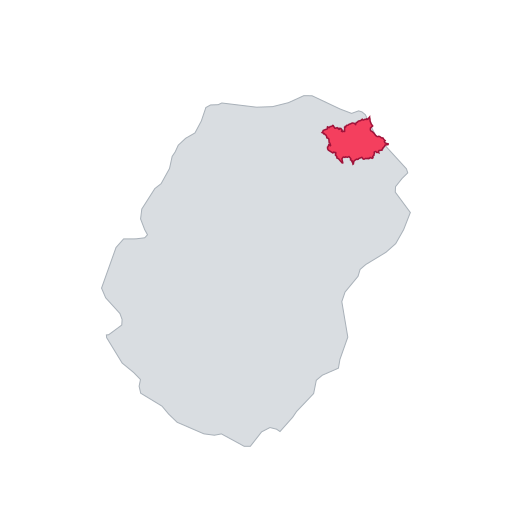 Berovo, Berovo, North Macedonia (highlighted), rotated 314°
{"feature_id": "65306769B82535052466784", "entity_name": "Berovo", "entity_type": "district", "adm_level": 2, "iso_a3": "MKD", "parent_name": "North Macedonia", "parent_adm1": "Berovo", "projection": "orthographic", "projection_center": [22.828, 41.67], "detail": "fine", "context": "in_parent", "style": "filled", "palette": "rose", "viewbox_px": 512, "rotation_deg": 314, "n_neighbors": 0, "source": "geoboundaries", "source_scale": "gbopen_adm2", "svg_char_len": 3388}
<svg xmlns="http://www.w3.org/2000/svg" viewBox="0 0 512 512"><g transform="rotate(314 256 256)"><path d="M234.5,136.4L242.1,137.5L258.9,133.0L269.4,126.5L274.6,125.6L281.7,123.1L291.8,123.6L302.1,126.6L315.1,122.9L328.0,116.8L333.1,118.4L338.6,123.7L342.3,125.1L363.4,153.0L375.0,164.2L388.8,172.8L404.5,179.0L410.2,185.0L420.2,214.5L425.0,225.7L431.7,229.0L433.3,232.2L433.6,236.5L426.1,257.3L423.2,303.7L421.2,307.4L413.3,307.2L402.8,308.2L398.7,311.8L394.5,336.8L377.5,343.9L362.0,347.9L349.0,346.9L326.2,340.9L318.7,340.2L312.3,343.5L291.9,345.1L282.8,349.4L261.4,378.4L239.9,388.2L232.6,393.2L216.3,386.5L208.5,385.7L197.1,393.0L172.3,393.2L165.5,394.4L146.4,395.2L145.7,391.1L142.3,385.2L133.4,382.2L115.2,384.1L110.9,379.7L104.0,354.7L98.2,350.6L91.9,342.1L81.6,314.8L81.6,303.0L82.7,292.7L77.2,268.4L81.1,262.4L86.9,258.7L87.2,249.0L86.0,234.1L93.5,205.3L95.3,203.2L97.0,204.7L113.1,207.4L117.3,203.8L120.1,198.1L121.5,176.9L125.6,167.2L164.9,149.4L176.3,148.9L184.9,157.7L191.8,163.3L195.9,163.2L197.6,157.7L202.5,147.2L210.5,141.2L234.2,136.4L234.5,136.4Z" fill="#d9dde1" stroke="#a8b0b8" stroke-width="1"/><path d="M403.3,220.5L401.9,220.4L400.6,219.4L399.3,219.5L398.6,217.7L398.1,217.9L398.1,218.5L397.1,219.0L393.0,217.1L392.0,217.7L390.7,217.8L391.1,218.6L390.9,219.9L391.5,220.1L391.3,221.5L391.6,222.1L391.0,223.9L390.2,224.8L390.8,226.3L390.7,227.2L388.5,229.7L388.5,230.8L387.4,232.8L386.9,232.8L386.7,231.0L384.7,231.9L384.0,231.8L382.8,233.1L382.4,234.5L383.5,239.7L384.6,239.7L384.7,240.5L385.2,240.5L385.8,241.5L384.6,242.7L383.8,242.9L383.7,245.0L382.7,246.1L383.3,247.8L383.0,250.7L382.8,253.4L383.3,253.7L385.6,250.3L387.5,250.0L388.1,250.3L388.7,251.5L389.6,251.6L390.5,253.2L392.1,253.8L391.9,256.5L390.8,257.2L391.3,259.0L391.1,259.4L390.5,259.4L390.3,260.7L389.4,262.0L389.9,262.1L392.0,260.6L393.3,260.6L395.4,261.0L395.7,261.7L396.6,262.3L397.2,262.1L400.5,263.6L400.2,265.9L401.1,266.7L402.6,267.2L403.1,268.3L404.0,268.6L404.1,269.3L404.8,269.4L405.1,269.9L406.2,269.7L406.9,271.7L408.0,271.9L408.6,270.8L410.4,270.9L410.7,270.4L411.8,270.1L412.8,268.9L414.0,269.2L414.4,269.8L414.3,270.9L415.3,271.8L415.6,272.6L416.1,271.7L417.3,271.2L419.7,273.1L420.2,272.6L421.3,272.7L421.6,272.3L424.1,272.3L425.4,271.8L427.9,273.6L428.5,273.2L427.4,271.2L427.1,270.3L427.1,269.8L427.4,268.9L427.9,268.8L428.7,268.8L428.7,268.2L428.6,267.0L429.1,265.6L429.0,265.1L428.7,265.0L428.3,264.4L428.1,263.9L428.0,262.9L427.9,262.1L427.4,261.1L426.7,260.9L426.1,260.2L426.0,259.9L425.9,259.3L425.8,258.5L426.0,257.2L426.2,256.1L426.3,255.1L426.3,254.7L426.2,254.3L426.3,253.2L425.8,252.0L426.0,250.9L426.7,250.1L427.7,249.4L429.0,249.5L430.3,249.6L430.6,249.6L430.8,249.0L430.8,248.6L430.9,247.5L431.4,246.4L431.7,245.7L432.1,244.8L432.5,244.1L433.3,243.3L434.2,242.1L434.6,241.4L434.8,241.2L431.9,241.4L431.5,240.3L430.7,240.4L430.2,239.5L428.4,238.8L427.9,237.9L428.1,237.4L426.1,237.2L424.1,235.9L422.5,236.0L421.7,235.4L419.8,236.3L419.7,234.5L418.5,232.8L416.2,232.0L415.6,231.5L413.7,231.2L412.9,230.4L412.0,230.6L411.2,230.2L410.9,230.8L410.1,230.3L408.9,231.7L408.1,232.0L407.6,233.0L407.1,233.2L406.5,232.3L405.6,232.0L405.2,231.0L406.0,230.8L405.9,230.5L406.5,230.2L406.7,228.4L405.7,227.2L405.2,228.0L404.7,227.7L404.7,225.2L403.2,224.6L402.7,223.8L403.1,223.2L403.0,222.1L403.5,221.0L403.3,220.5Z" fill="#f43f5e" stroke="#9f1239" stroke-width="1.5"/></g></svg>